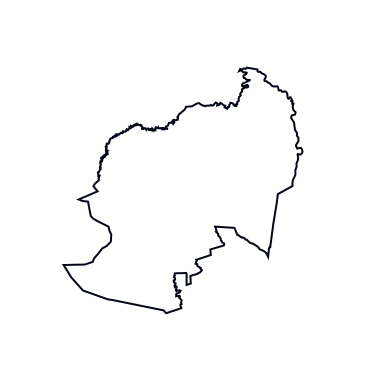 outline of Centenary/ Muzarabani, Mashonaland Central, Zimbabwe, rotated 29°
{"feature_id": "62879985B33993196799610", "entity_name": "Centenary/ Muzarabani", "entity_type": "district", "adm_level": 2, "iso_a3": "ZWE", "parent_name": "Zimbabwe", "parent_adm1": "Mashonaland Central", "projection": "natural_earth1", "projection_center": [31.038, -16.418], "detail": "fine", "context": "isolated", "style": "outline", "palette": "ink", "viewbox_px": 384, "rotation_deg": 29, "n_neighbors": 0, "source": "geoboundaries", "source_scale": "gbopen_adm2", "svg_char_len": 5971}
<svg xmlns="http://www.w3.org/2000/svg" viewBox="0 0 384 384"><g transform="rotate(29 192 192)"><path d="M268.3,110.7L266.2,108.1L266.2,107.4L268.1,107.0L269.0,106.1L269.4,104.5L269.0,103.0L267.4,101.3L266.1,100.7L264.4,101.5L263.1,103.0L260.7,101.4L260.2,100.1L260.5,96.1L258.8,93.0L256.3,91.8L255.5,89.7L251.9,87.7L247.5,81.7L242.9,79.3L242.2,77.4L242.3,76.4L244.5,74.4L244.3,72.7L243.8,72.0L241.4,71.3L240.1,70.3L238.6,68.4L237.9,65.6L236.8,66.2L235.8,63.8L234.7,64.3L234.4,62.7L232.3,61.3L231.7,61.8L231.5,63.5L230.7,63.6L229.6,62.7L227.6,59.8L225.7,58.7L224.3,59.1L222.3,60.7L220.6,59.9L218.6,61.1L216.5,58.8L215.5,58.2L211.9,60.3L210.2,60.3L207.1,59.2L205.8,59.5L203.5,59.0L202.3,59.6L201.4,59.5L200.9,58.8L200.9,56.0L200.5,55.1L199.8,54.4L197.5,54.1L196.0,54.4L193.6,53.8L191.5,54.8L191.0,54.7L189.8,53.1L179.6,56.7L179.6,57.6L179.1,58.3L177.5,58.7L176.3,60.8L174.5,60.9L174.6,63.3L175.7,61.7L178.8,62.5L181.0,61.3L182.0,61.2L182.3,62.2L180.7,65.1L181.1,66.3L181.9,67.0L183.2,66.7L184.5,67.2L186.5,67.1L187.2,66.4L188.2,66.2L188.1,66.9L186.8,68.4L185.3,70.8L183.9,72.1L183.8,73.7L184.4,75.0L185.2,75.1L188.4,71.6L189.7,72.0L190.2,72.8L189.9,73.5L187.8,74.9L186.0,77.9L187.1,79.8L186.6,81.5L186.7,83.1L187.8,83.9L187.1,86.3L187.7,88.1L188.7,89.5L188.0,91.6L188.9,93.0L189.0,94.2L188.0,94.0L187.7,94.5L188.5,95.5L187.8,95.9L186.8,95.4L186.8,95.8L186.4,95.8L184.5,94.7L182.3,95.3L182.6,96.4L182.4,97.7L183.2,99.1L183.0,99.8L182.6,99.6L182.4,100.6L182.0,100.6L182.3,102.1L179.4,102.2L179.2,100.4L177.5,100.8L173.9,100.1L173.3,101.2L173.3,101.5L173.8,101.5L173.3,103.0L172.5,102.9L172.0,103.8L171.6,102.6L171.1,102.2L169.5,102.2L168.9,103.8L168.8,105.6L167.4,106.9L166.4,106.7L165.1,108.2L163.0,109.3L161.9,110.6L161.2,110.6L160.8,110.9L159.7,110.8L158.9,111.3L155.1,110.9L153.5,112.0L150.4,117.1L145.5,120.3L145.7,122.2L145.5,123.9L142.9,130.7L143.2,132.3L142.8,133.2L143.0,133.6L143.8,133.8L144.5,135.8L143.5,136.3L143.2,137.1L141.1,137.7L140.6,138.4L140.6,139.7L141.5,139.1L142.8,139.7L142.6,141.6L141.7,141.1L141.0,141.2L139.1,142.0L138.3,142.9L138.8,145.6L137.5,147.5L137.5,148.5L139.5,148.5L139.6,148.8L138.3,149.1L137.6,150.6L136.6,151.0L136.1,151.8L136.2,150.5L135.8,150.5L135.6,150.1L135.0,150.4L134.9,151.6L133.5,151.3L132.8,152.0L131.4,152.5L131.4,153.5L130.8,152.0L130.4,152.9L128.9,152.9L128.9,153.4L129.7,155.0L128.4,154.6L129.5,155.7L129.4,156.5L129.1,156.5L128.7,155.6L128.0,156.1L128.0,156.8L127.1,156.3L127.4,157.0L125.9,156.3L125.8,156.8L126.4,157.1L126.4,157.7L125.2,157.4L125.0,158.4L124.0,158.6L123.7,158.3L123.8,157.6L122.6,157.8L122.0,158.7L121.9,159.8L121.6,159.6L121.4,158.9L119.9,159.0L119.0,160.5L118.7,160.6L119.0,159.4L117.6,159.6L117.3,160.3L116.4,158.9L115.8,159.0L115.3,158.2L114.4,158.8L114.1,158.4L113.1,159.1L111.9,159.0L111.4,160.1L111.0,160.2L111.1,159.4L110.5,159.0L109.9,160.0L110.4,161.1L110.1,161.2L109.6,160.6L108.9,161.1L109.2,161.7L108.6,162.3L109.1,162.4L109.1,163.1L108.0,163.3L107.7,164.1L106.5,164.0L106.8,164.8L108.1,164.1L107.5,165.6L107.1,165.3L105.7,165.5L106.5,167.1L106.0,167.7L106.0,168.8L104.7,168.8L105.2,169.9L105.1,170.2L104.5,170.0L104.4,171.6L103.8,172.0L102.9,172.1L102.9,172.9L102.3,172.8L102.5,174.2L101.8,174.2L101.6,174.6L101.0,174.8L100.4,177.1L99.7,177.2L99.2,178.7L98.5,178.0L97.9,178.1L98.5,179.3L98.4,180.0L97.9,179.5L97.2,179.8L97.2,180.3L97.7,180.3L97.7,180.7L96.6,181.3L96.8,182.3L96.1,182.4L96.3,183.3L95.3,184.1L94.7,185.5L95.1,186.6L94.9,187.2L95.6,188.3L95.4,189.0L95.7,189.8L95.2,190.8L94.3,190.7L94.0,191.0L94.4,192.7L95.7,193.8L95.5,194.1L94.9,194.1L94.7,194.4L96.7,196.1L96.1,196.5L96.3,197.0L98.0,196.9L97.6,197.4L97.7,198.0L97.3,198.0L97.4,198.5L98.6,198.5L98.4,199.5L99.2,199.1L99.9,199.8L98.7,201.6L98.3,200.9L98.0,201.1L97.9,202.1L98.5,202.3L98.6,202.8L97.8,202.7L98.1,203.2L97.6,203.5L98.0,204.0L97.0,204.2L97.3,204.7L97.8,204.5L97.8,205.3L97.1,205.9L96.6,205.0L95.9,206.1L97.4,207.9L98.1,207.6L98.3,208.6L97.6,208.6L97.8,209.2L97.0,209.6L97.1,210.3L97.6,210.9L98.1,210.9L98.1,211.7L98.6,211.8L99.1,212.6L99.4,215.0L99.6,215.1L99.9,214.7L100.5,215.1L100.4,216.1L100.9,216.5L100.5,217.1L100.9,218.9L100.3,219.9L100.3,220.3L100.7,220.2L100.6,221.1L101.5,221.7L102.1,223.3L103.3,222.6L103.6,225.4L104.7,226.3L104.4,228.2L103.2,231.3L102.9,234.7L109.1,237.2L96.5,253.5L100.8,252.9L105.7,250.8L115.0,262.0L118.5,263.2L123.5,263.3L135.9,262.8L138.4,265.8L141.9,268.2L145.1,274.7L143.6,280.6L140.9,284.7L139.9,291.3L138.5,297.6L139.1,301.2L133.3,307.5L115.1,318.1L128.0,325.3L144.1,330.9L145.0,330.9L170.4,326.7L174.0,325.3L224.5,309.3L228.2,310.5L239.0,298.8L238.7,298.1L237.6,297.6L236.7,296.6L236.4,295.7L237.1,295.1L236.2,294.2L235.5,291.8L231.9,290.6L231.7,290.3L232.1,289.4L231.9,289.0L231.1,289.0L228.7,290.9L227.6,288.6L229.5,286.4L229.9,285.4L229.8,283.9L228.5,284.1L227.9,284.9L226.7,285.3L226.4,286.2L225.7,285.9L225.1,285.0L225.1,283.5L224.6,282.3L223.8,282.2L223.1,283.4L222.0,282.1L222.2,280.4L222.0,279.9L220.0,279.7L219.6,278.4L219.1,278.5L219.2,277.1L219.6,277.1L219.7,276.7L218.4,275.2L217.6,275.2L217.6,274.6L217.1,273.9L217.3,273.2L216.9,273.0L216.6,272.0L216.6,271.3L226.5,265.5L226.9,265.4L226.6,265.5L232.3,275.9L235.3,272.6L231.3,266.2L236.7,260.7L236.6,260.3L237.9,258.6L238.6,255.7L236.4,254.8L236.4,254.2L232.7,254.1L231.6,252.6L229.9,253.0L229.9,252.0L229.3,250.9L229.5,249.7L228.6,249.2L239.0,238.0L235.9,233.4L245.8,223.3L245.7,222.3L244.6,221.3L243.1,221.5L242.0,221.2L241.8,220.5L240.6,220.2L239.2,218.4L237.1,217.5L236.3,217.6L235.1,215.9L234.1,215.7L233.2,215.0L232.7,215.3L232.1,215.1L232.0,213.7L231.6,213.2L229.0,211.1L246.5,202.8L252.3,207.4L252.4,207.1L257.6,207.8L258.3,207.2L260.1,206.9L261.5,207.7L263.2,207.2L266.5,208.2L268.2,208.2L270.3,207.6L276.2,208.0L279.0,209.3L283.2,208.8L286.4,209.3L290.0,211.8L286.7,204.0L286.6,202.3L287.1,202.2L278.4,180.0L271.3,160.1L268.1,152.2L277.0,138.0L275.7,135.9L274.5,132.8L274.1,126.8L271.9,123.0L271.2,119.1L269.6,116.5L269.2,113.1L268.3,110.7Z" fill="none" stroke="#020617" stroke-width="2"/></g></svg>